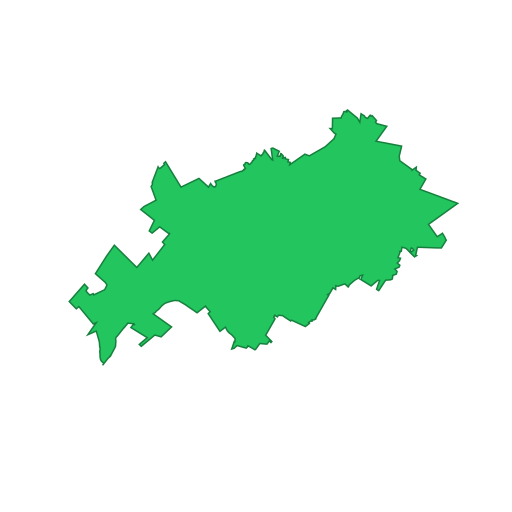 City of Johannesburg, Gauteng, South Africa (Mercator projection), rotated 42°
{"feature_id": "47623444B15418766532839", "entity_name": "City of Johannesburg", "entity_type": "district", "adm_level": 2, "iso_a3": "ZAF", "parent_name": "South Africa", "parent_adm1": "Gauteng", "projection": "mercator", "projection_center": [27.967, -26.215], "detail": "fine", "context": "isolated", "style": "filled", "palette": "green", "viewbox_px": 512, "rotation_deg": 42, "n_neighbors": 0, "source": "geoboundaries", "source_scale": "gbopen_adm2", "svg_char_len": 5840}
<svg xmlns="http://www.w3.org/2000/svg" viewBox="0 0 512 512"><g transform="rotate(42 256 256)"><path d="M370.7,81.9L333.2,96.8L330.7,85.1L323.0,86.5L322.6,84.7L317.5,85.2L315.7,82.7L314.6,87.6L314.4,87.3L299.1,89.0L295.6,85.9L290.7,76.9L268.4,90.4L266.4,72.1L257.3,76.8L255.2,76.6L254.9,74.7L248.5,74.0L248.4,74.6L248.3,74.8L248.0,75.1L247.7,75.1L247.1,74.8L247.0,74.7L246.7,74.9L246.6,75.1L246.6,75.6L246.6,76.1L246.7,76.3L246.7,77.6L246.7,78.0L247.0,78.7L246.9,79.0L246.6,79.2L244.8,79.7L244.0,79.9L243.0,79.3L238.9,80.0L243.6,87.1L239.0,85.7L226.9,86.2L226.8,86.3L226.4,86.2L226.0,87.3L227.2,87.8L227.1,88.2L226.8,88.5L226.1,88.7L225.5,89.0L224.7,89.9L225.7,92.5L226.3,95.4L226.9,96.4L220.7,102.4L227.5,110.2L225.8,111.7L231.9,112.3L233.9,112.0L234.7,114.3L235.4,116.7L235.5,116.7L234.4,127.9L234.4,128.3L228.6,145.9L224.2,147.6L220.0,165.7L218.8,163.5L216.7,164.7L215.6,162.6L212.8,164.2L211.9,163.1L210.4,164.8L210.7,165.4L210.2,165.6L209.3,163.4L206.3,163.1L205.9,163.3L206.7,164.9L206.9,164.8L207.2,165.6L206.9,165.8L207.1,166.1L205.4,167.1L205.5,167.4L205.0,167.6L203.2,162.6L196.3,164.5L195.3,166.0L204.2,173.5L203.1,173.8L191.5,171.6L191.4,171.9L191.8,172.1L191.9,172.3L192.0,172.8L192.4,173.8L192.3,174.1L192.3,174.4L192.7,175.3L192.8,175.5L192.8,176.4L192.8,176.9L192.6,177.1L192.7,177.9L192.3,178.2L192.4,178.3L187.7,179.1L188.9,181.1L189.5,182.9L190.0,183.5L189.8,183.5L189.7,183.6L189.7,183.9L189.8,184.1L189.8,184.4L189.8,184.8L189.6,184.9L189.6,185.1L189.3,185.5L190.0,186.3L190.1,186.6L190.0,186.9L189.7,187.5L189.8,188.1L189.9,188.4L190.2,188.9L190.2,189.2L190.1,189.6L190.2,189.9L190.1,190.0L190.2,190.4L190.2,190.7L190.0,191.0L189.9,191.4L189.9,191.6L190.0,191.7L190.0,192.2L189.9,192.4L189.6,192.5L189.4,192.7L189.1,192.7L188.9,192.6L188.0,192.3L187.6,192.2L187.1,192.5L186.3,193.1L186.0,193.2L185.9,193.9L185.8,194.0L186.0,194.4L186.3,194.9L186.0,195.7L185.9,196.2L186.0,196.8L189.6,198.1L189.0,199.9L189.5,200.1L188.7,202.5L188.8,202.6L187.9,203.5L175.9,227.4L175.5,227.7L175.7,227.9L176.5,228.4L177.1,228.4L177.3,228.4L178.0,229.0L178.6,229.4L179.0,230.0L179.2,230.7L179.2,231.0L179.4,231.2L179.5,231.5L179.3,231.9L179.3,232.0L179.0,232.4L178.8,232.4L178.5,233.0L176.1,233.0L175.3,232.9L173.8,232.5L174.6,236.6L161.7,236.5L154.2,255.0L125.7,246.5L125.5,248.8L126.8,249.4L126.3,253.4L126.4,253.5L125.9,255.4L124.4,255.6L123.6,255.3L129.3,270.0L130.1,270.9L129.9,271.0L131.2,272.2L131.5,274.5L144.4,281.4L139.7,294.1L139.2,298.6L156.6,297.5L159.9,308.8L163.5,308.5L164.9,298.8L176.2,297.7L176.3,297.2L176.5,297.2L176.8,297.2L176.8,297.3L177.0,297.6L177.0,298.5L177.1,308.2L180.5,308.6L180.5,309.0L181.9,328.3L174.5,325.6L175.1,344.3L143.5,342.8L145.0,355.9L148.5,376.6L161.7,376.5L164.6,377.2L166.1,382.3L161.5,393.4L160.2,392.9L158.6,396.3L154.6,396.0L153.4,395.6L153.3,395.4L153.2,395.3L153.0,395.5L152.7,395.4L152.5,392.2L147.4,391.7L147.7,414.8L157.8,415.5L158.2,412.1L180.5,415.4L181.9,412.5L183.7,427.0L187.4,418.9L187.6,418.7L197.0,424.6L200.7,428.2L201.0,428.1L203.2,430.3L203.2,430.7L203.7,431.3L204.0,431.8L204.4,432.0L206.7,434.3L206.9,434.7L207.0,434.8L207.4,435.0L209.0,436.5L209.5,436.8L210.3,437.2L211.4,437.6L212.0,437.6L214.9,437.6L215.1,439.9L214.5,430.8L214.8,428.5L214.8,427.6L214.4,427.5L214.6,427.0L212.4,418.2L212.1,417.4L211.8,416.8L208.9,413.1L208.5,412.7L207.4,411.8L207.1,411.5L206.4,410.0L206.4,409.6L206.5,408.3L205.8,396.8L205.9,397.3L206.0,397.3L205.8,392.8L205.6,391.7L206.8,390.9L206.9,390.7L209.2,389.1L209.6,388.8L209.9,388.4L211.4,388.1L211.4,388.7L210.6,389.4L210.9,392.9L228.4,389.7L229.8,389.5L228.4,399.8L231.2,399.9L233.0,387.3L233.7,382.4L239.6,379.6L240.7,365.2L218.3,367.8L218.5,367.1L218.5,366.5L218.9,365.4L218.9,364.8L218.8,364.3L218.7,363.8L219.1,362.5L219.2,361.5L219.4,360.3L219.3,356.5L219.5,354.5L220.0,352.2L220.6,350.8L221.1,350.0L222.2,348.0L224.4,344.7L225.0,343.9L225.9,343.0L228.1,341.3L228.4,341.0L236.4,339.4L240.7,338.9L247.0,338.0L248.5,337.9L250.2,337.6L252.0,327.0L253.1,327.4L259.2,328.1L259.0,330.8L279.6,336.1L280.9,329.3L284.6,330.8L284.9,330.7L286.1,330.8L286.1,331.0L287.6,331.1L290.5,330.8L295.8,331.3L296.7,332.6L296.8,332.6L297.7,334.1L297.1,334.2L300.2,341.4L301.5,339.2L301.9,335.2L310.4,331.0L310.5,329.4L310.3,329.5L310.1,328.1L318.0,326.4L318.2,325.6L317.4,318.5L323.1,314.2L323.0,313.1L322.8,310.1L325.0,310.3L325.0,309.0L316.2,308.4L312.2,290.0L310.2,289.7L309.6,287.4L311.3,287.3L312.7,286.9L312.3,285.2L312.4,284.9L315.7,282.5L319.0,282.1L325.3,281.1L325.3,279.9L339.9,275.4L340.1,274.1L340.1,273.9L340.2,273.7L340.8,270.4L339.6,270.3L340.1,268.1L340.9,267.2L340.7,267.2L341.0,265.9L340.6,265.8L341.8,264.8L342.4,263.2L342.2,263.2L342.1,261.6L341.9,261.5L336.3,236.2L335.1,236.8L335.1,236.5L335.5,235.0L335.7,234.7L335.9,234.5L334.5,228.2L337.6,227.6L335.3,224.7L335.6,224.6L337.2,223.6L338.5,221.3L339.9,218.6L340.3,217.9L340.8,217.2L345.9,217.4L345.2,217.2L345.2,216.5L344.8,215.9L344.7,215.6L344.8,213.9L345.5,208.3L345.7,207.5L346.9,203.8L347.7,203.7L346.5,201.1L348.1,198.8L349.1,202.0L349.7,202.5L349.4,203.4L361.6,201.2L362.8,192.5L364.2,191.5L367.9,200.1L370.4,199.6L368.5,187.2L371.3,184.4L371.3,184.1L372.0,183.6L372.7,181.9L370.9,179.2L370.6,179.0L372.4,175.6L371.2,173.1L367.8,172.7L369.8,168.6L369.1,166.6L365.6,166.7L365.8,163.5L364.9,161.0L362.6,162.3L360.6,157.0L359.8,156.5L360.8,155.3L358.6,151.8L362.4,149.9L367.3,150.2L367.6,150.2L367.4,149.3L367.4,149.0L367.5,148.9L367.4,148.8L367.3,148.7L367.1,148.5L366.1,146.4L366.0,146.1L366.3,145.9L366.8,145.8L368.7,145.9L369.2,146.0L368.5,150.3L374.4,150.6L375.1,148.2L374.1,148.5L370.1,141.5L373.5,138.6L384.6,129.3L387.9,126.4L388.1,126.2L388.4,126.0L386.8,116.9L386.4,116.8L385.6,116.6L384.2,115.9L383.5,115.6L382.3,115.3L381.7,115.1L381.3,114.9L380.2,114.7L379.4,114.3L377.8,120.4L363.0,117.1L370.7,81.9Z" fill="#22c55e" stroke="#15803d" stroke-width="1.5"/></g></svg>